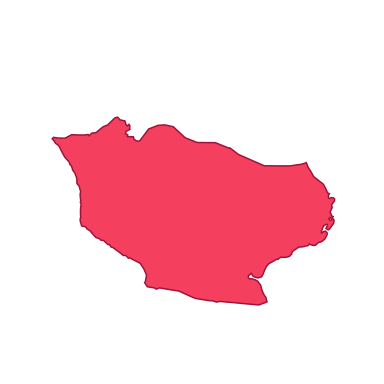 Upper Niumi, North Bank, Gambia (Natural Earth projection), rotated 49°
{"feature_id": "56634734B28238259284132", "entity_name": "Upper Niumi", "entity_type": "district", "adm_level": 2, "iso_a3": "GMB", "parent_name": "Gambia", "parent_adm1": "North Bank", "projection": "natural_earth1", "projection_center": [-16.326, 13.431], "detail": "fine", "context": "isolated", "style": "filled", "palette": "rose", "viewbox_px": 384, "rotation_deg": 49, "n_neighbors": 0, "source": "geoboundaries", "source_scale": "gbopen_adm2", "svg_char_len": 3600}
<svg xmlns="http://www.w3.org/2000/svg" viewBox="0 0 384 384"><g transform="rotate(49 192 192)"><path d="M244.8,86.5L243.1,90.8L242.3,92.1L240.2,95.2L239.7,96.0L238.8,97.4L236.8,100.7L236.7,100.8L230.7,107.7L224.0,115.3L220.9,118.8L219.7,120.2L207.1,126.2L206.9,126.3L194.2,132.3L183.4,134.5L183.4,135.2L170.1,142.0L166.8,145.7L166.5,146.1L164.8,148.0L164.1,148.8L159.4,154.1L157.9,155.7L146.7,161.5L144.6,161.8L142.6,162.0L130.6,163.3L130.3,163.4L124.7,167.6L123.4,168.6L119.4,173.9L116.0,183.4L118.2,193.6L119.1,197.9L118.3,199.3L117.6,199.8L116.5,200.7L113.9,201.1L111.9,200.0L108.1,204.1L107.9,204.4L106.6,203.0L104.4,204.0L103.0,201.9L104.0,197.7L102.8,197.1L101.4,195.5L99.6,195.2L99.6,197.5L97.6,197.6L95.9,196.6L94.3,196.0L90.3,199.0L86.7,199.0L85.5,201.6L86.0,211.7L84.4,216.5L84.4,217.1L84.2,225.6L81.8,229.0L82.0,232.7L80.4,232.7L78.2,236.1L73.5,241.3L69.8,245.3L68.7,249.9L68.1,252.5L63.1,258.0L59.9,260.6L60.1,262.6L63.7,262.6L65.7,263.1L68.3,262.4L70.5,262.3L76.4,263.9L81.4,265.0L83.6,265.2L88.6,265.0L91.3,266.1L93.1,265.9L94.6,266.5L95.9,267.0L97.1,267.7L100.5,267.9L104.2,269.2L104.3,269.3L106.4,270.2L110.2,273.3L113.4,273.3L118.7,275.8L119.6,277.0L120.3,277.9L123.3,280.2L125.1,281.3L126.7,283.1L128.6,283.8L130.4,285.9L131.0,286.5L132.4,287.9L135.0,290.2L137.9,292.5L139.3,294.4L139.7,294.8L141.1,295.7L143.3,296.6L144.9,297.5L145.9,297.3L148.3,295.2L151.3,295.4L155.4,294.2L156.6,294.3L156.6,294.5L163.2,294.4L166.8,292.4L167.0,292.4L168.1,292.5L169.0,292.0L170.6,290.5L176.3,290.0L177.9,288.8L178.3,288.9L179.7,289.1L180.3,289.2L182.1,288.1L192.7,285.8L194.7,285.6L196.1,284.0L197.5,283.5L198.5,283.5L200.2,283.5L200.6,282.3L204.5,280.8L209.6,278.8L211.8,277.9L213.4,278.1L218.4,278.8L224.9,280.8L229.1,286.1L229.3,287.2L234.2,287.9L239.8,283.2L241.8,282.8L243.0,279.5L250.3,273.5L258.0,267.0L258.8,266.6L271.3,260.9L274.7,259.1L285.9,249.8L286.9,248.4L288.3,247.5L291.3,245.6L292.7,242.9L321.1,215.7L324.1,207.7L324.1,207.4L323.7,207.4L323.0,206.9L321.7,206.3L320.1,205.4L317.6,205.2L315.5,204.7L314.0,204.3L310.9,203.1L308.4,201.8L306.9,201.2L305.5,201.3L302.6,200.9L300.0,201.8L297.3,203.3L295.2,205.6L294.4,205.7L293.7,205.7L292.3,204.5L292.1,204.3L292.4,203.0L292.2,201.2L292.1,200.8L293.2,200.6L294.5,201.1L294.8,201.1L296.1,201.1L298.9,199.5L300.1,198.5L301.3,196.1L301.6,195.0L300.9,193.0L300.3,191.7L298.8,188.8L298.3,187.8L296.9,184.4L297.0,183.4L296.5,181.6L296.8,179.8L298.4,172.0L299.2,171.3L299.2,170.3L299.4,167.9L299.8,167.5L302.7,164.3L303.4,163.0L304.6,160.5L304.3,159.7L304.3,157.5L303.5,157.0L302.8,154.2L303.3,151.3L303.3,149.6L304.1,146.8L305.2,145.5L306.3,143.9L307.6,141.1L308.6,139.8L308.2,137.6L308.7,137.6L311.9,135.5L312.1,135.4L313.2,133.7L313.2,131.7L313.0,130.4L313.1,130.1L313.2,129.3L314.2,127.6L314.6,125.6L314.6,122.3L312.8,117.9L311.4,116.8L310.9,116.8L309.1,116.9L308.2,118.5L308.2,120.0L307.7,121.1L306.6,120.0L305.9,118.9L304.6,116.5L303.8,114.5L304.1,114.1L304.3,112.5L305.1,111.2L306.4,111.9L307.3,114.8L308.6,114.6L309.9,114.1L310.2,112.6L308.6,105.8L307.5,104.4L306.8,103.4L304.7,103.1L304.7,103.6L304.2,106.2L303.1,106.6L302.0,106.2L301.7,104.9L302.6,104.6L303.4,103.3L303.1,101.6L301.5,102.3L299.7,101.4L298.1,101.4L297.0,99.2L296.8,98.8L295.7,96.3L294.0,95.6L293.4,94.9L293.2,94.6L292.9,94.3L292.9,93.0L292.4,91.9L292.4,90.6L291.0,89.0L289.2,89.0L288.5,90.1L287.7,90.3L287.3,92.3L286.1,92.9L284.0,91.2L283.4,89.4L281.6,90.3L277.9,89.0L272.9,87.9L272.1,87.8L266.6,88.9L266.3,88.9L261.1,89.9L260.4,90.1L258.9,89.8L253.7,88.7L253.0,88.6L249.6,88.2L245.8,86.8L244.8,86.5Z" fill="#f43f5e" stroke="#9f1239" stroke-width="1.5"/></g></svg>